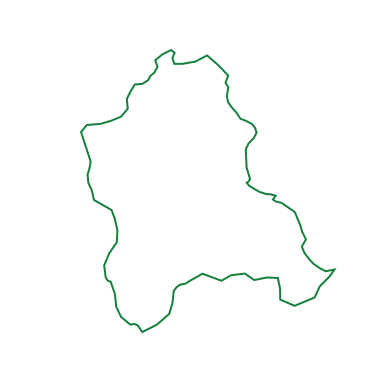 Lovech, Albers equal-area conic projection, rotated 71°
{"feature_id": "BGR-2247", "entity_name": "Lovech", "entity_type": "Province", "adm_level": 1, "iso_a3": "BGR", "parent_name": "Bulgaria", "parent_adm1": "", "projection": "albers", "projection_center": [24.557, 43.037], "detail": "fine", "context": "isolated", "style": "outline", "palette": "green", "viewbox_px": 384, "rotation_deg": 71, "n_neighbors": 0, "source": "natural_earth", "source_scale": "10m", "svg_char_len": 1406}
<svg xmlns="http://www.w3.org/2000/svg" viewBox="0 0 384 384"><g transform="rotate(71 192 192)"><path d="M244.7,301.4L232.9,299.0L223.2,290.4L214.9,279.4L203.8,275.0L192.2,273.7L182.9,273.9L167.6,287.3L157.6,286.2L149.6,287.0L141.8,285.2L136.2,281.2L130.3,277.9L99.2,277.4L94.4,269.7L97.8,256.3L98.3,245.5L97.7,234.7L92.3,225.6L82.9,223.4L76.8,217.3L71.7,211.1L73.6,204.1L72.1,197.2L68.7,193.7L66.9,188.8L62.5,183.9L55.5,183.9L52.2,175.1L51.0,165.7L54.7,163.1L58.9,166.9L65.1,167.0L67.7,159.5L69.8,146.2L67.8,133.3L80.9,125.7L93.7,119.9L99.5,124.7L104.9,123.6L112.4,127.7L118.6,128.7L124.5,127.0L131.7,124.1L138.5,122.3L142.7,117.4L147.5,112.9L152.2,111.5L156.9,111.6L161.3,116.3L164.5,122.7L169.2,127.3L186.7,132.4L198.6,132.9L200.3,134.8L201.1,137.3L204.9,135.8L213.5,128.5L218.0,122.7L220.0,118.0L222.8,114.1L225.4,117.9L228.1,116.0L231.5,110.8L244.5,101.3L259.3,100.4L264.9,100.8L274.0,99.7L279.3,105.9L285.6,105.6L292.4,103.6L299.7,100.4L306.1,95.6L310.4,91.4L311.7,82.6L316.6,89.3L322.8,101.9L331.7,110.5L333.0,132.1L322.4,143.6L312.5,140.3L301.2,138.8L297.2,149.2L295.5,161.8L286.4,168.5L283.4,182.1L285.5,193.0L272.7,208.7L275.4,223.5L276.6,228.3L275.7,233.4L277.1,237.7L279.5,241.4L290.2,246.4L299.8,253.2L306.0,268.4L308.2,284.7L300.6,286.6L298.0,289.5L297.2,293.6L287.1,299.7L275.8,301.0L263.3,298.1L250.4,298.1L248.4,300.5L244.7,301.4Z" fill="none" stroke="#15803d" stroke-width="2"/></g></svg>